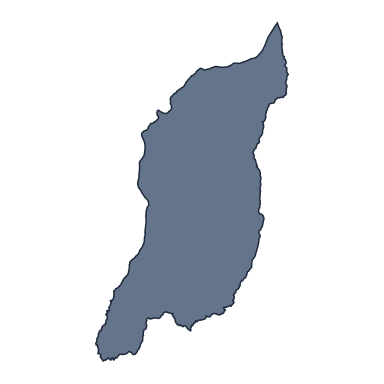 the district of Gisagara, Southern, Rwanda
{"feature_id": "39286606B87181547360532", "entity_name": "Gisagara", "entity_type": "district", "adm_level": 2, "iso_a3": "RWA", "parent_name": "Rwanda", "parent_adm1": "Southern", "projection": "robinson", "projection_center": [29.795, -2.608], "detail": "fine", "context": "isolated", "style": "filled", "palette": "slate", "viewbox_px": 384, "rotation_deg": 0, "n_neighbors": 0, "source": "geoboundaries", "source_scale": "gbopen_adm2", "svg_char_len": 6005}
<svg xmlns="http://www.w3.org/2000/svg" viewBox="0 0 384 384"><path d="M200.2,68.4L196.5,71.3L195.7,73.3L195.1,73.5L192.4,75.6L191.3,75.9L190.3,77.7L188.2,79.5L187.7,80.6L185.9,82.5L185.4,83.9L183.4,87.0L182.0,87.6L176.8,91.3L175.9,93.0L174.2,93.5L172.7,95.6L172.2,95.7L171.7,96.6L170.7,97.3L170.3,99.0L170.6,102.7L170.3,103.4L171.4,105.5L171.3,107.0L171.7,108.0L170.5,110.5L168.9,111.3L168.0,112.8L166.0,113.5L162.6,113.0L161.8,112.2L160.1,111.6L159.1,110.4L158.1,110.2L157.3,111.0L156.9,113.1L157.2,114.9L158.8,117.3L157.9,119.1L155.7,121.3L153.9,122.1L153.1,123.1L150.8,123.5L148.7,126.5L147.3,129.6L146.4,130.4L146.1,130.2L144.0,131.0L141.7,133.3L141.8,135.9L144.5,142.1L145.0,144.8L145.1,149.0L144.2,155.1L142.3,158.4L139.5,161.9L139.6,169.2L139.0,174.4L139.0,177.4L137.8,182.0L137.8,184.8L138.7,187.9L140.2,189.4L141.6,192.3L145.2,197.7L146.6,198.8L148.1,200.8L148.9,204.0L148.7,205.4L147.1,207.5L147.0,208.8L146.4,209.9L146.5,211.0L146.0,212.1L146.2,214.6L145.8,215.4L146.2,221.6L145.0,231.2L145.2,232.1L144.9,232.9L145.3,233.1L145.3,234.7L144.5,237.1L144.3,241.7L143.6,243.9L142.8,245.2L142.5,246.8L139.5,250.7L139.4,251.9L138.0,254.4L135.9,256.1L134.3,258.3L133.3,258.7L130.9,260.8L129.7,262.4L129.8,263.9L129.3,264.8L129.4,267.4L128.1,274.1L127.5,274.6L127.2,275.4L125.0,277.4L125.0,277.9L123.4,279.3L123.2,280.3L122.6,280.8L122.3,282.0L121.7,282.5L121.0,284.6L119.2,286.1L118.7,287.2L115.6,288.9L114.9,290.4L113.7,291.1L113.6,291.6L114.1,292.6L113.6,298.0L112.8,299.5L111.7,300.7L111.1,300.3L110.3,300.8L111.1,302.4L110.7,303.2L111.0,303.8L110.0,305.9L109.1,306.8L109.3,307.2L109.0,307.6L109.3,308.0L109.0,308.2L109.2,310.0L109.0,310.4L108.6,310.5L108.6,311.0L107.7,310.6L106.8,310.9L107.4,312.4L107.1,312.6L107.2,313.0L107.5,313.2L107.0,313.8L106.4,313.8L105.8,314.7L107.4,316.2L107.1,317.3L107.3,319.0L106.1,320.2L105.8,323.4L105.5,323.4L105.1,324.6L104.5,324.6L104.4,324.9L103.4,325.4L102.2,326.8L101.5,328.5L101.3,330.6L100.8,330.3L100.2,330.5L99.4,331.3L99.3,332.5L98.5,333.2L98.4,336.1L98.0,337.1L96.9,338.3L96.8,342.2L95.8,342.9L95.9,343.6L96.3,345.2L97.0,344.9L97.6,345.3L97.6,347.3L98.6,348.7L98.3,350.5L98.5,352.0L97.9,353.6L100.2,354.1L101.0,355.1L100.2,356.8L103.1,360.9L103.5,361.0L104.2,360.1L105.6,360.1L107.5,358.8L107.9,357.9L108.7,358.1L109.9,359.6L110.9,360.0L111.7,358.3L112.8,357.9L113.2,358.1L113.1,359.4L113.8,360.0L115.6,357.5L116.3,358.0L116.7,357.9L119.1,354.8L120.2,354.2L121.1,354.0L122.1,354.7L122.8,354.3L124.6,354.3L127.1,353.3L129.0,351.3L130.5,352.2L131.2,352.2L131.7,353.1L133.2,354.6L135.3,354.2L137.4,351.3L137.9,349.8L139.1,348.6L139.8,347.1L140.3,344.5L142.6,340.9L142.8,336.4L143.5,335.3L143.1,333.8L143.9,329.9L145.8,329.0L146.4,327.6L146.7,325.1L145.8,322.8L146.8,320.5L146.5,319.4L148.5,317.8L149.8,319.0L150.5,318.6L151.3,318.9L152.9,318.2L156.3,317.9L158.4,318.5L160.0,317.7L160.7,317.0L161.2,315.7L162.8,314.9L163.1,313.5L164.6,312.0L167.1,312.2L168.6,312.9L170.8,313.2L171.2,313.6L172.8,313.6L172.4,314.8L172.7,315.9L173.7,316.8L174.2,318.1L175.0,318.6L175.3,321.2L176.4,323.5L177.1,323.9L177.4,324.8L178.5,324.6L179.4,325.6L180.5,324.9L182.6,326.6L183.1,326.6L183.6,325.9L185.4,325.9L186.8,327.4L187.2,328.4L190.3,330.8L190.7,330.7L190.9,329.8L190.5,328.0L191.8,326.2L191.4,325.5L191.6,325.2L192.9,325.2L193.8,323.3L194.7,323.1L195.2,322.5L195.5,321.0L195.9,320.7L196.4,321.5L197.3,321.6L198.8,320.1L201.1,320.1L204.4,319.1L205.6,318.5L206.2,316.1L206.6,316.0L207.3,316.6L209.4,316.9L210.6,316.2L211.2,314.8L213.0,313.9L214.9,313.4L218.0,314.8L220.7,314.6L221.4,313.6L223.0,313.5L223.6,313.0L224.3,311.2L225.3,310.3L225.1,309.5L224.3,309.4L224.0,308.9L223.6,307.5L223.9,307.1L225.8,307.4L228.8,306.2L229.8,305.4L230.4,306.1L231.2,306.1L232.2,304.6L233.9,302.8L233.7,301.4L232.5,300.9L233.9,299.2L234.3,296.8L233.4,295.2L234.1,294.7L234.3,293.2L235.8,292.6L235.8,290.9L237.2,289.4L238.0,289.3L238.8,288.1L239.7,286.3L239.6,285.8L240.0,285.6L240.2,285.1L240.0,284.3L240.4,282.6L241.8,280.8L242.9,280.4L244.1,278.3L245.1,278.0L245.7,277.2L246.8,274.6L247.4,271.7L248.3,271.4L251.5,267.3L251.8,265.2L251.5,264.4L252.2,260.2L254.9,256.4L255.6,254.6L255.7,253.0L256.6,251.3L256.7,249.3L257.2,248.5L258.6,243.0L259.0,238.4L259.8,237.4L260.2,235.4L259.0,233.6L258.9,231.6L259.4,230.7L260.7,229.7L261.1,227.8L261.8,227.3L262.4,226.0L264.0,218.4L263.1,215.7L261.5,214.1L259.7,213.7L258.5,211.6L258.7,209.7L259.7,207.6L259.5,206.1L260.4,204.0L259.9,202.7L260.3,201.4L259.8,199.1L260.2,194.6L260.2,192.7L259.9,191.9L260.5,191.2L260.0,187.8L260.4,187.0L260.8,184.7L260.3,181.3L260.4,180.3L260.9,179.6L260.8,177.5L260.2,175.0L260.3,173.1L259.3,169.9L258.6,169.4L258.0,168.2L256.6,167.1L257.3,166.2L256.0,162.7L255.5,159.9L253.9,158.0L254.2,155.7L254.0,154.7L253.2,153.7L253.3,151.4L254.2,150.3L254.4,149.3L255.6,148.5L256.0,147.9L256.9,144.4L258.3,143.1L258.7,143.1L259.4,142.1L259.0,138.6L261.5,135.3L262.5,133.1L262.7,129.8L263.6,127.5L263.6,126.0L263.4,124.0L262.6,121.8L263.6,121.7L264.0,121.3L265.0,120.0L265.1,119.1L265.8,117.8L265.8,116.4L265.3,115.1L265.8,114.3L266.6,110.9L267.2,109.6L267.7,107.5L269.0,106.0L268.6,104.7L270.0,103.7L274.1,102.8L275.9,99.0L276.7,98.9L277.8,97.5L278.9,97.9L279.9,97.8L281.1,97.0L282.4,97.5L283.4,97.3L284.4,95.6L285.7,95.0L286.4,93.3L286.1,92.3L286.4,89.5L286.2,88.7L286.9,87.1L287.0,85.7L286.8,85.1L286.1,84.7L285.6,82.5L286.8,79.1L286.6,77.6L287.1,76.1L288.2,74.6L288.1,74.0L287.3,73.2L286.6,71.4L286.8,70.1L286.7,67.6L285.5,66.8L284.9,65.6L284.8,65.2L285.8,63.8L286.2,62.4L285.3,59.7L283.9,58.3L284.4,56.7L283.0,55.7L282.6,54.3L282.9,53.4L282.5,52.6L282.3,49.8L281.8,48.3L282.0,46.5L281.5,45.3L282.4,44.3L281.8,43.1L281.9,41.8L281.6,40.9L281.8,38.9L282.4,36.9L281.4,35.3L280.5,30.4L279.2,28.2L277.4,23.0L275.0,26.2L268.2,37.1L264.6,46.1L262.2,50.9L258.3,55.4L256.6,56.9L254.7,58.1L251.0,58.8L246.6,60.9L239.7,63.4L234.5,63.1L233.6,63.3L230.7,65.4L227.0,67.0L221.5,67.3L215.5,66.4L212.8,67.5L211.5,67.6L209.9,68.9L208.0,69.0L204.7,70.1L201.0,68.3L200.2,68.4Z" fill="#64748b" stroke="#1e293b" stroke-width="1.5"/></svg>